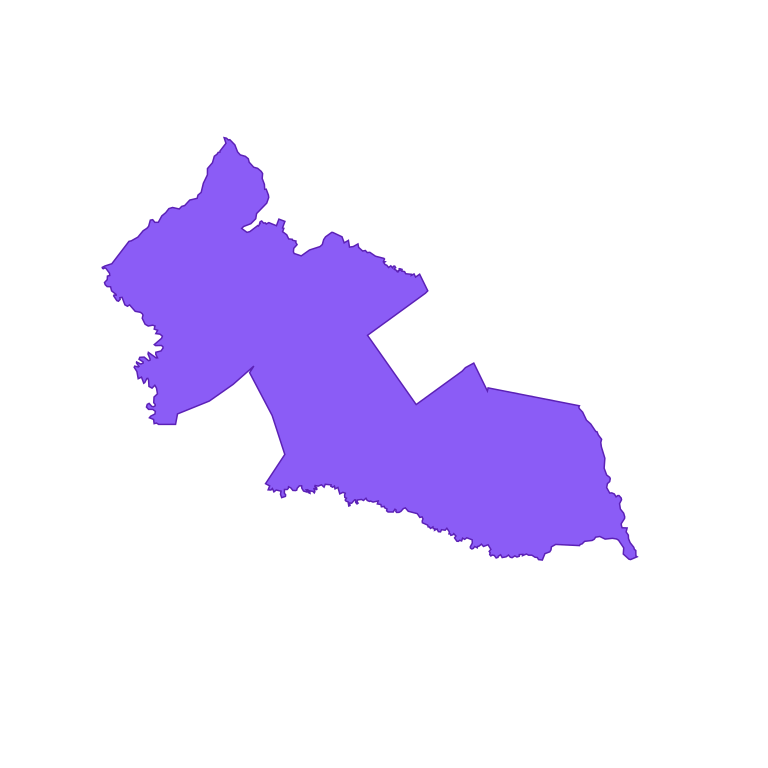 Playford, South Australia, Australia, rotated 207°
{"feature_id": "25037944B16955456805205", "entity_name": "Playford", "entity_type": "district", "adm_level": 2, "iso_a3": "AUS", "parent_name": "Australia", "parent_adm1": "South Australia", "projection": "natural_earth1", "projection_center": [138.637, -34.694], "detail": "fine", "context": "isolated", "style": "filled", "palette": "violet", "viewbox_px": 768, "rotation_deg": 207, "n_neighbors": 0, "source": "geoboundaries", "source_scale": "gbopen_adm2", "svg_char_len": 6159}
<svg xmlns="http://www.w3.org/2000/svg" viewBox="0 0 768 768"><g transform="rotate(207 384 384)"><path d="M687.2,359.2L686.2,359.4L685.6,360.7L684.3,360.8L678.9,358.1L677.6,356.2L679.4,354.6L678.0,351.4L679.1,347.5L677.5,345.9L674.9,345.1L671.8,346.5L669.0,343.3L663.5,342.2L663.0,341.6L664.9,340.7L664.9,339.8L659.9,337.0L658.2,337.2L657.5,339.6L658.5,341.0L656.7,342.3L650.8,336.9L647.9,336.8L646.6,339.0L638.7,335.8L633.6,337.3L631.3,336.9L630.0,335.9L629.3,332.8L624.0,328.8L620.4,328.6L616.8,331.4L614.4,331.7L613.7,328.6L610.1,329.1L610.2,325.3L606.2,326.7L603.2,326.0L602.9,323.8L606.6,314.8L605.0,314.5L599.8,317.3L597.9,316.8L597.2,315.7L597.7,312.2L601.7,308.7L600.8,306.8L597.7,304.5L598.8,303.8L608.3,305.2L607.9,303.6L603.7,300.0L603.3,298.9L604.4,297.9L609.9,299.1L613.7,296.9L613.5,294.8L608.6,294.3L608.1,293.3L609.7,291.4L614.4,291.3L614.1,290.4L610.3,288.4L610.7,287.6L614.2,286.8L614.2,285.5L609.8,282.9L605.4,277.1L603.2,280.0L598.4,275.6L597.8,276.7L597.8,281.2L597.0,281.8L595.5,280.5L592.3,275.1L588.8,275.0L587.6,278.8L584.9,277.1L581.4,272.4L583.0,268.0L580.7,262.8L578.6,261.9L578.0,260.8L578.9,259.2L580.7,258.6L584.5,260.1L585.7,258.4L585.2,255.6L582.2,254.5L578.5,256.4L575.3,255.8L574.5,253.3L577.3,249.4L577.7,247.4L573.2,247.8L570.8,244.3L569.0,245.9L566.4,245.7L551.4,253.4L554.4,263.6L531.9,289.5L518.3,315.1L508.1,340.9L508.9,333.1L469.3,305.1L440.4,276.2L444.3,241.4L439.6,241.3L439.2,237.1L436.6,238.2L436.0,240.2L433.1,237.9L431.9,240.6L427.1,241.8L426.2,238.8L423.6,236.3L420.8,239.1L421.3,240.6L423.2,241.5L424.8,244.8L422.3,246.1L421.9,247.5L422.4,249.1L419.8,249.1L416.9,247.8L414.4,248.9L413.6,249.8L414.0,251.7L413.2,254.8L411.2,255.9L410.0,253.9L407.1,252.1L403.7,252.7L403.4,253.4L405.3,254.4L404.0,255.2L403.1,254.9L402.1,252.9L400.3,253.0L401.7,255.1L398.4,256.0L396.7,255.3L396.7,256.6L398.9,259.0L398.0,259.8L396.6,259.0L396.0,259.6L396.8,260.9L399.2,261.4L399.3,262.3L396.3,263.1L394.0,265.8L390.6,264.9L390.8,268.0L385.3,270.1L385.0,268.8L382.9,268.7L381.8,270.5L380.0,268.3L378.1,270.9L373.5,266.0L371.4,268.8L368.9,269.1L368.7,267.1L367.4,265.1L365.6,265.2L365.9,263.0L364.7,262.4L362.5,262.7L360.0,259.3L359.1,260.3L360.6,262.4L358.7,263.1L357.5,267.6L356.6,267.9L355.5,265.6L353.6,264.9L353.0,266.1L354.7,267.0L354.8,268.8L351.6,270.9L349.4,270.9L348.2,274.0L346.1,272.6L343.6,272.8L342.9,273.6L340.2,273.8L336.1,277.1L335.5,274.1L332.1,275.2L330.6,273.4L328.2,275.0L327.3,274.0L324.6,274.0L324.1,272.2L322.3,271.8L317.7,274.1L317.4,277.4L316.0,277.2L315.6,275.8L314.4,275.3L312.3,276.5L311.1,278.2L310.2,281.7L308.8,283.3L304.6,281.6L295.5,283.6L291.5,281.4L289.8,282.9L288.0,281.5L287.8,279.3L286.8,277.8L281.0,278.1L279.8,276.7L278.7,277.2L277.0,276.4L275.5,278.9L274.4,277.5L272.9,278.1L272.5,276.7L270.9,278.9L268.5,277.1L266.5,277.9L266.6,280.3L263.1,281.5L262.5,284.0L258.6,281.9L258.1,280.0L257.2,280.5L255.7,279.5L254.1,281.0L253.9,282.3L250.9,281.2L251.3,278.9L247.7,277.0L246.4,277.5L245.6,279.1L243.6,279.4L244.0,282.3L241.6,282.2L240.4,284.6L234.7,285.2L233.1,282.3L233.2,278.0L232.5,277.1L230.8,276.9L229.8,278.1L229.4,280.4L226.5,280.4L226.9,281.7L225.7,282.7L224.5,285.5L221.6,284.4L218.3,288.0L213.7,285.2L214.3,282.6L212.8,281.8L212.4,280.0L210.7,279.3L210.0,280.7L207.9,281.3L205.1,279.9L203.7,281.3L204.0,282.3L202.6,284.8L199.9,283.0L196.7,285.5L195.4,288.1L192.8,287.0L191.0,287.4L189.4,290.2L187.0,290.2L185.3,291.9L186.0,293.4L183.0,295.2L182.6,294.0L179.9,297.2L177.5,297.1L174.6,298.6L170.8,298.2L168.6,299.0L166.6,297.7L163.0,299.0L163.6,305.9L160.1,309.7L159.9,312.0L160.9,314.9L158.2,319.0L136.4,328.8L136.4,330.1L134.9,331.5L133.8,334.9L127.5,339.1L126.2,341.1L125.9,343.6L122.5,346.1L116.6,346.2L110.4,350.2L106.4,351.5L104.1,351.3L96.0,346.8L93.6,341.1L86.2,339.1L84.6,339.5L80.0,345.0L81.5,345.2L84.1,350.0L85.8,350.3L87.3,351.9L92.7,354.4L96.0,357.3L97.7,360.3L101.1,362.1L102.0,366.1L106.6,364.0L108.2,365.7L109.2,367.2L108.6,373.4L109.2,374.9L111.8,377.7L116.6,379.9L119.8,384.3L119.8,388.7L120.9,390.1L124.0,391.3L125.1,390.7L126.0,388.8L128.9,390.6L131.6,390.4L133.4,389.3L138.6,392.8L139.7,396.7L138.6,399.5L139.4,402.3L140.5,403.3L144.3,404.0L149.6,408.9L153.5,418.1L161.7,426.6L164.3,430.3L165.0,433.5L169.9,435.9L172.6,438.2L173.7,437.8L181.6,442.2L187.2,443.7L194.2,449.1L198.9,450.8L200.0,452.0L200.0,453.3L289.5,427.8L288.7,424.7L313.5,443.4L318.9,435.5L320.2,430.9L346.0,380.3L420.8,419.9L388.3,483.7L387.3,486.9L402.1,498.0L404.4,493.6L407.2,495.7L409.0,493.1L409.4,494.2L414.7,492.1L416.7,493.5L419.4,492.7L419.9,494.3L422.4,493.9L422.8,493.3L421.4,492.6L422.8,491.3L422.3,490.5L423.0,490.0L425.2,491.0L426.9,490.8L427.2,491.5L426.4,492.9L428.0,493.9L429.0,493.3L429.2,491.4L431.6,492.4L432.8,489.9L435.5,491.1L437.2,490.9L439.1,491.9L438.5,493.4L440.1,492.8L440.3,495.6L441.1,495.9L449.6,494.0L456.4,494.9L458.6,493.5L461.2,494.5L463.4,492.8L468.6,494.2L470.8,497.0L473.8,492.5L476.9,490.3L480.9,495.8L483.6,491.7L488.2,496.1L498.4,495.8L499.4,495.4L502.9,488.6L503.3,485.3L502.3,480.3L503.4,477.4L511.2,469.6L515.9,460.6L523.3,459.5L524.7,460.6L526.0,463.9L524.7,468.7L527.0,470.2L527.3,471.4L530.8,470.6L531.4,471.3L534.8,470.0L538.4,472.8L543.5,473.7L543.9,477.2L545.3,477.0L546.1,483.9L552.5,483.2L551.7,476.2L559.9,475.5L561.6,473.1L562.8,473.7L564.4,472.7L567.0,473.7L568.0,472.4L567.8,470.7L567.3,470.7L567.6,467.8L568.4,467.9L572.7,458.9L574.9,456.9L581.4,458.0L580.6,460.6L575.4,466.4L573.3,473.0L574.9,478.0L570.6,491.9L571.4,497.9L572.8,499.9L577.4,504.1L578.7,503.3L581.2,507.6L585.8,511.8L587.7,516.4L589.9,517.7L594.5,518.8L598.6,518.0L604.8,520.4L607.2,523.1L610.9,523.9L616.1,522.9L619.8,524.3L625.5,529.4L632.3,531.7L633.5,530.8L635.9,531.5L638.3,530.9L634.1,526.7L635.9,517.2L635.4,516.3L636.9,515.0L637.1,512.9L638.6,509.9L637.3,503.3L639.1,495.8L636.3,490.2L636.1,480.9L633.9,471.7L635.5,467.9L634.8,464.6L640.6,459.7L642.6,452.5L644.9,450.4L645.9,447.0L652.5,445.3L655.3,442.6L656.3,437.5L658.3,432.9L658.5,425.6L661.6,424.0L664.7,425.4L666.6,423.9L665.3,417.6L666.0,415.0L668.2,411.2L670.0,403.1L674.2,396.8L676.0,395.3L681.1,367.6L686.3,362.4L688.0,360.0L687.2,359.2Z" fill="#8b5cf6" stroke="#5b21b6" stroke-width="1.5"/></g></svg>